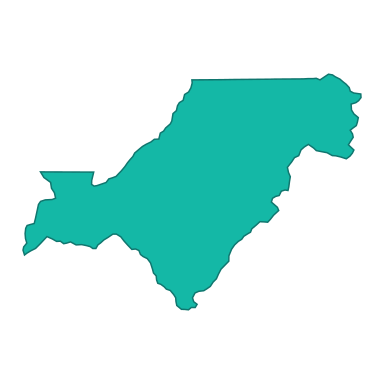 Nova Campina, São Paulo, Brazil (Albers equal-area conic projection)
{"feature_id": "56859067B71004196372555", "entity_name": "Nova Campina", "entity_type": "district", "adm_level": 2, "iso_a3": "BRA", "parent_name": "Brazil", "parent_adm1": "São Paulo", "projection": "albers", "projection_center": [-48.98, -24.205], "detail": "fine", "context": "isolated", "style": "filled", "palette": "teal", "viewbox_px": 384, "rotation_deg": 0, "n_neighbors": 0, "source": "geoboundaries", "source_scale": "gbopen_adm2", "svg_char_len": 2544}
<svg xmlns="http://www.w3.org/2000/svg" viewBox="0 0 384 384"><path d="M76.1,244.9L81.7,244.6L86.5,245.6L90.2,246.6L92.8,248.5L95.9,248.5L97.9,244.9L100.5,243.0L103.9,239.9L107.7,237.6L112.9,234.1L116.4,234.1L120.8,236.8L124.1,241.1L127.7,245.1L131.8,249.4L135.6,249.0L138.9,250.5L140.5,254.5L143.2,256.6L147.3,258.6L150.5,262.9L152.5,269.1L153.5,273.0L156.2,275.9L156.6,280.0L157.8,283.3L160.8,284.3L164.2,286.8L166.3,289.1L170.3,290.5L173.7,294.6L175.7,297.8L176.0,301.7L176.8,305.5L181.4,309.3L184.6,309.4L188.5,309.8L191.3,307.5L195.2,307.5L197.1,304.3L193.7,301.7L192.5,297.8L195.0,293.0L198.8,291.3L203.8,290.7L207.0,288.7L210.3,286.4L213.1,282.1L216.4,278.8L218.4,274.2L221.0,269.2L224.5,265.6L228.8,261.2L228.9,255.8L231.6,249.2L234.6,244.9L238.3,241.4L241.7,239.3L243.8,236.3L247.7,233.8L250.5,232.2L251.8,228.8L256.1,225.2L259.9,221.7L264.1,221.9L267.7,222.2L270.3,219.4L273.6,215.2L278.7,210.5L277.4,207.3L274.4,204.7L271.4,202.1L272.5,198.3L275.7,196.4L279.2,195.5L281.3,191.2L285.0,190.0L288.0,190.5L288.8,186.9L289.5,181.5L290.3,176.7L288.5,172.5L287.4,167.3L291.6,162.0L294.5,157.6L298.7,155.7L301.0,149.9L304.4,146.9L308.4,144.4L313.6,148.0L316.3,150.6L321.3,151.6L327.1,152.7L332.3,155.6L335.8,155.8L340.8,157.0L346.3,158.8L350.0,156.1L352.4,153.1L353.9,150.0L348.4,144.8L350.5,141.4L353.2,137.3L352.5,133.9L350.2,130.2L353.0,128.0L356.3,125.6L357.4,122.1L358.3,117.6L353.9,113.9L351.5,110.0L351.1,104.1L355.8,102.7L358.6,100.7L361.0,97.6L360.8,94.0L353.7,93.0L350.3,91.2L349.2,87.6L346.1,84.2L343.5,82.2L339.9,79.1L335.3,76.8L332.5,74.9L328.5,74.2L324.9,76.6L320.0,79.9L316.2,78.3L313.3,78.6L308.3,78.6L303.4,78.9L274.4,79.1L270.6,79.2L234.5,79.5L220.7,79.7L191.9,79.9L192.2,83.0L190.9,87.9L188.6,92.0L184.6,94.5L183.1,100.4L179.4,102.6L177.5,105.7L176.4,110.6L173.0,113.6L171.8,121.0L170.3,123.9L165.6,128.0L163.6,131.1L160.3,133.1L158.8,139.1L154.3,139.3L150.9,142.0L146.1,144.3L142.4,146.5L139.3,149.1L134.7,153.0L132.9,156.5L130.1,159.6L127.5,162.8L124.9,166.6L121.4,170.8L118.6,173.7L116.1,176.4L112.4,177.8L108.8,178.9L106.1,182.5L97.0,185.6L94.1,186.1L91.6,184.4L91.7,180.5L93.7,172.1L40.5,171.9L43.9,177.5L50.6,182.4L51.5,188.3L54.4,192.7L55.6,198.2L52.2,199.5L45.2,199.9L40.6,201.4L38.5,204.4L35.5,218.3L34.2,223.5L30.0,224.6L27.1,225.5L25.7,228.3L25.1,233.6L25.5,238.6L26.8,243.1L23.7,246.9L23.0,250.1L24.5,255.0L27.0,253.1L30.8,250.8L35.6,248.4L40.5,243.5L44.6,239.1L47.0,236.6L52.2,238.9L56.6,241.4L60.4,241.2L63.7,243.7L66.7,243.1L70.5,241.9L76.1,244.9Z" fill="#14b8a6" stroke="#0f766e" stroke-width="1.5"/></svg>